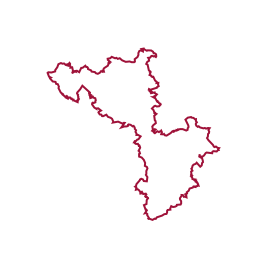 Mixtlán, Jalisco, Mexico, rotated 197°
{"feature_id": "50627088B12343009678657", "entity_name": "Mixtlán", "entity_type": "district", "adm_level": 2, "iso_a3": "MEX", "parent_name": "Mexico", "parent_adm1": "Jalisco", "projection": "albers", "projection_center": [-104.454, 20.522], "detail": "fine", "context": "isolated", "style": "outline", "palette": "rose", "viewbox_px": 256, "rotation_deg": 197, "n_neighbors": 0, "source": "geoboundaries", "source_scale": "gbopen_adm2", "svg_char_len": 5860}
<svg xmlns="http://www.w3.org/2000/svg" viewBox="0 0 256 256"><g transform="rotate(197 128 128)"><path d="M199.8,140.6L197.6,139.7L196.8,140.0L196.6,139.0L195.5,138.8L195.4,139.6L196.4,140.0L195.9,140.7L194.7,140.0L194.9,138.8L194.0,138.5L193.9,139.2L192.5,140.3L190.8,139.2L190.4,139.7L189.6,139.1L188.9,139.2L188.6,138.6L188.2,139.0L187.8,138.5L183.7,138.0L183.9,139.0L184.6,139.6L184.3,140.4L183.7,140.4L183.4,141.4L184.5,142.3L184.5,143.2L185.4,144.2L185.4,145.1L186.8,146.0L186.9,147.1L185.1,151.0L184.0,155.1L174.7,150.7L174.7,149.9L175.4,150.0L175.2,149.3L173.3,148.8L173.9,147.9L172.9,147.7L173.4,146.7L172.8,145.6L171.5,146.5L170.9,147.8L169.8,146.9L168.0,146.9L166.9,145.1L167.1,144.2L166.7,143.0L168.2,141.8L169.0,142.0L169.5,141.3L169.3,140.1L166.2,137.7L164.3,137.2L164.7,137.8L164.0,137.3L162.3,138.1L158.9,136.8L160.7,134.9L160.8,134.2L159.0,132.7L157.4,133.0L156.3,131.8L155.3,132.0L152.6,134.4L150.4,132.8L147.6,132.7L145.9,132.1L143.8,129.6L144.0,128.8L139.3,131.2L134.6,130.6L133.4,131.8L132.7,131.9L134.5,126.6L132.1,128.3L129.6,129.2L128.6,130.1L128.9,131.0L128.5,131.6L126.4,131.8L123.9,130.9L123.2,131.6L121.8,130.5L121.2,129.1L119.6,128.2L119.7,126.5L118.1,125.0L117.9,123.8L116.4,124.3L113.5,123.7L114.7,120.3L115.8,119.6L116.7,117.7L117.7,117.4L118.0,116.0L117.1,116.2L116.8,115.4L115.9,115.1L114.0,115.7L113.9,115.2L112.3,114.8L112.2,113.9L111.4,114.0L110.6,112.7L111.2,109.3L110.3,108.9L109.1,107.2L109.8,106.4L109.0,103.9L106.3,103.8L103.5,102.1L101.4,99.6L100.8,96.7L98.6,96.3L97.6,95.1L97.9,92.2L97.0,89.4L97.2,88.4L95.1,86.7L94.4,82.5L97.4,81.9L98.7,83.2L100.5,83.3L101.5,82.2L101.4,81.5L103.5,76.8L103.4,74.8L104.0,74.0L102.6,73.6L102.4,71.3L100.9,72.3L99.3,71.7L97.6,70.5L97.0,68.9L96.5,69.1L96.5,70.7L96.1,71.1L94.2,69.3L91.8,70.4L91.0,69.8L91.6,67.7L90.9,67.2L89.7,67.6L88.7,66.8L87.6,67.0L88.8,66.1L89.0,64.4L88.1,60.7L90.2,58.9L87.3,55.1L86.8,55.4L85.9,54.8L86.9,51.4L85.8,52.0L84.4,51.4L84.2,50.3L81.7,48.1L82.1,47.3L81.7,47.1L81.0,47.5L77.7,47.3L76.0,49.1L74.9,49.2L74.3,51.0L69.8,54.2L68.1,56.2L66.1,57.1L65.9,58.6L66.4,60.4L66.1,61.2L63.6,62.3L64.1,63.3L63.8,65.9L61.9,65.6L60.0,66.5L58.8,67.6L58.8,68.8L55.3,70.2L55.1,71.4L55.8,73.6L57.3,74.8L57.8,76.0L56.9,78.9L57.2,79.6L56.0,79.9L54.4,78.5L53.6,79.0L51.8,78.8L52.7,80.8L53.8,81.4L52.4,82.7L53.0,83.7L51.6,85.8L51.4,88.1L48.6,90.0L48.3,91.2L46.8,91.7L46.7,91.2L46.1,91.3L46.2,91.9L44.8,92.7L44.7,93.4L43.7,93.5L45.2,95.6L46.5,96.0L46.6,96.7L47.5,96.6L47.6,97.5L48.3,97.1L49.1,97.4L48.8,98.4L51.4,98.0L52.0,99.2L52.9,99.8L52.8,100.3L53.3,100.4L53.0,100.9L53.7,100.9L53.5,101.9L54.1,102.2L54.0,102.8L54.9,104.8L53.9,106.0L55.5,107.6L55.1,108.4L55.2,110.8L54.6,112.1L52.8,113.5L52.2,114.9L47.6,112.1L46.6,113.7L46.9,116.2L46.3,117.3L47.0,118.8L48.3,120.7L51.5,121.5L51.8,123.9L51.4,122.6L50.5,122.0L48.5,122.3L47.3,123.9L46.4,126.7L45.7,127.5L40.1,128.5L40.3,130.0L39.6,130.8L36.3,131.5L35.5,133.2L35.0,133.4L35.5,133.9L35.0,135.4L36.5,135.2L38.5,136.0L39.5,135.1L40.5,135.3L41.7,136.6L47.4,139.8L49.5,141.5L49.1,143.1L49.7,145.7L49.1,146.9L49.3,148.3L50.5,149.6L49.9,151.7L51.5,151.4L53.2,150.2L54.5,150.5L55.8,149.7L59.3,149.6L60.9,150.3L61.6,149.5L63.4,150.2L64.3,151.5L64.4,152.3L63.8,153.6L65.1,154.5L65.6,156.3L66.3,155.9L68.3,156.8L70.4,156.5L70.9,156.9L73.8,155.4L75.5,152.8L71.1,148.1L70.4,146.6L70.8,145.3L70.5,143.6L71.6,142.6L75.3,142.9L77.2,142.4L79.0,141.6L79.2,141.1L79.9,141.2L80.1,140.4L81.1,140.3L81.0,139.6L83.1,138.8L82.9,138.1L83.4,137.7L84.0,138.3L84.6,137.8L85.7,135.6L88.9,132.0L90.5,131.8L91.8,132.8L92.1,132.3L94.4,131.8L94.3,133.9L95.5,135.2L95.9,134.2L96.6,134.0L97.2,133.1L99.0,133.5L100.8,130.9L102.0,131.3L102.0,132.1L104.1,132.4L103.9,132.9L101.8,133.6L101.2,134.6L102.1,134.7L103.1,134.0L104.0,134.3L105.2,136.5L104.6,138.2L102.8,140.8L103.8,142.8L104.6,143.2L106.5,147.3L105.0,149.7L106.9,149.9L106.7,150.6L107.6,150.8L108.7,152.5L110.8,153.6L109.3,156.5L108.5,157.2L106.7,157.0L104.6,157.9L103.6,160.0L104.1,160.7L105.4,160.7L106.4,161.6L107.3,161.5L107.7,162.4L108.3,162.2L110.4,164.3L113.0,164.9L111.4,165.5L111.9,166.3L111.0,166.8L110.2,168.6L112.6,169.1L112.9,169.8L114.6,169.0L115.2,169.3L115.1,168.6L116.2,168.0L116.9,168.8L116.5,169.3L116.8,169.8L118.2,169.6L118.7,170.5L119.3,170.6L119.3,171.4L117.8,171.1L112.2,174.9L112.3,175.4L110.9,177.0L111.9,178.2L112.2,180.0L113.9,179.3L114.0,180.5L116.0,181.3L118.8,184.4L119.7,183.9L120.7,184.2L121.0,184.9L122.9,185.0L122.7,187.8L123.4,188.0L123.2,188.6L124.9,189.2L127.7,194.2L129.3,194.6L128.9,196.9L127.5,198.5L128.2,200.0L129.2,201.0L127.4,201.8L126.7,203.7L126.0,204.1L124.5,203.9L123.8,204.5L122.1,204.0L121.9,204.7L122.7,206.7L124.4,207.3L125.3,207.0L126.4,208.3L128.5,208.9L132.0,208.0L132.5,207.4L135.6,208.0L136.1,208.6L138.2,207.5L136.3,206.3L136.1,205.6L138.5,206.0L139.7,204.9L140.0,202.7L139.4,200.9L139.7,198.6L141.7,195.8L140.8,193.5L141.4,192.7L143.6,192.0L145.9,192.1L149.5,190.6L153.4,191.0L156.3,192.3L158.0,191.1L159.6,191.7L160.7,190.9L164.4,191.3L165.3,189.6L167.7,188.3L167.2,187.2L164.3,186.0L165.6,185.0L165.7,184.6L164.8,184.4L165.4,183.5L165.5,181.7L168.3,178.3L168.7,176.9L167.6,175.0L169.1,175.0L168.9,174.3L170.5,174.3L171.1,172.6L172.7,171.0L174.8,171.0L176.0,171.8L179.3,171.3L180.2,172.3L183.5,172.7L184.1,174.0L184.9,174.4L185.8,174.1L187.0,175.1L189.0,172.3L190.3,171.8L191.0,167.1L193.6,167.8L195.3,167.0L194.8,166.5L195.4,166.5L197.1,164.6L197.4,164.7L197.3,166.5L199.1,169.7L200.7,168.8L201.0,170.1L201.8,170.3L202.1,172.4L203.0,173.1L203.7,171.3L203.5,170.1L205.3,170.1L204.9,171.0L206.1,170.2L208.0,171.0L209.5,170.3L211.1,170.5L213.2,168.7L213.4,165.4L214.5,162.1L214.2,160.8L217.4,158.7L220.5,158.0L221.0,157.2L218.6,154.1L216.6,153.7L217.4,153.0L217.1,152.6L213.6,150.5L210.8,150.9L209.6,149.2L208.0,149.4L206.2,147.4L206.1,145.8L202.6,142.2L199.9,141.3L199.5,140.8L199.8,140.6Z" fill="none" stroke="#9f1239" stroke-width="2"/></g></svg>